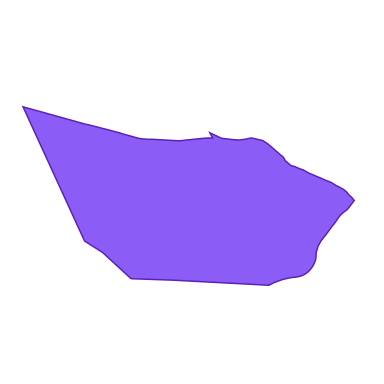 outline of Grande Riviere/Postlewaithe, Gros Islet, Saint Lucia, rotated 265°
{"feature_id": "8701671B10801688655736", "entity_name": "Grande Riviere/Postlewaithe", "entity_type": "district", "adm_level": 2, "iso_a3": "LCA", "parent_name": "Saint Lucia", "parent_adm1": "Gros Islet", "projection": "natural_earth1", "projection_center": [-60.952, 14.042], "detail": "fine", "context": "isolated", "style": "filled", "palette": "violet", "viewbox_px": 384, "rotation_deg": 265, "n_neighbors": 0, "source": "geoboundaries", "source_scale": "gbopen_adm2", "svg_char_len": 1675}
<svg xmlns="http://www.w3.org/2000/svg" viewBox="0 0 384 384"><g transform="rotate(265 192 192)"><path d="M291.6,31.1L152.5,80.7L139.6,97.6L112.2,122.6L110.9,124.1L105.8,165.6L92.4,260.4L94.5,265.6L95.7,270.0L96.4,272.6L97.1,275.5L97.6,279.4L97.8,280.4L98.2,285.6L98.1,286.4L98.2,288.4L98.4,290.6L98.9,293.6L99.9,296.4L100.5,297.7L101.0,298.6L102.6,301.1L104.0,302.6L105.9,304.5L106.9,305.3L107.9,306.1L109.7,307.2L112.2,308.6L113.2,309.0L114.0,309.3L115.1,309.5L115.9,309.8L118.3,310.1L120.8,310.4L122.7,311.2L124.9,312.1L125.9,312.4L126.9,312.8L128.0,313.5L129.1,314.3L130.8,315.4L132.0,316.2L134.9,318.9L137.8,321.7L140.2,323.8L142.3,325.6L143.8,327.0L145.2,328.2L147.2,330.1L148.0,330.9L149.9,332.6L151.4,333.8L153.6,335.5L155.7,337.5L156.7,338.7L157.2,339.4L159.0,341.9L160.5,344.3L161.3,345.5L169.4,352.9L173.0,350.4L173.9,349.6L175.1,348.3L178.5,346.1L180.5,344.1L181.4,343.1L184.2,339.0L186.0,335.9L187.2,334.4L188.6,332.6L189.9,330.5L190.6,329.2L192.2,325.8L192.7,324.9L194.5,321.8L195.8,319.2L196.3,318.2L197.9,315.3L198.5,314.2L200.3,310.7L202.3,307.6L203.7,305.6L204.4,304.6L205.0,303.1L206.0,300.9L208.3,296.7L208.9,295.3L209.6,293.0L212.5,290.1L215.3,287.5L217.3,286.7L218.6,286.1L222.3,282.4L227.0,277.9L233.7,271.3L237.2,266.8L238.3,263.2L239.8,258.8L240.7,255.4L239.9,249.4L239.7,243.1L240.2,240.1L240.4,238.7L240.9,236.0L241.8,231.6L242.3,229.4L242.9,226.2L244.8,222.9L249.4,215.0L244.0,217.2L244.4,212.3L244.5,207.5L244.3,194.2L244.3,190.7L244.1,187.1L244.2,183.0L247.9,157.5L248.3,153.3L248.9,149.5L249.2,147.3L250.1,143.6L255.8,128.4L257.0,125.7L267.5,96.2L269.0,91.3L288.7,38.8L291.6,31.1Z" fill="#8b5cf6" stroke="#5b21b6" stroke-width="1.5"/></g></svg>